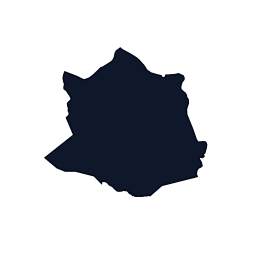 Melekeok, Melekeok, Palau (Natural Earth projection), rotated 128°
{"feature_id": "81905179B96125611766208", "entity_name": "Melekeok", "entity_type": "district", "adm_level": 2, "iso_a3": "PLW", "parent_name": "Palau", "parent_adm1": "Melekeok", "projection": "natural_earth1", "projection_center": [134.606, 7.509], "detail": "fine", "context": "isolated", "style": "filled", "palette": "ink", "viewbox_px": 256, "rotation_deg": 128, "n_neighbors": 0, "source": "geoboundaries", "source_scale": "gbopen_adm2", "svg_char_len": 2962}
<svg xmlns="http://www.w3.org/2000/svg" viewBox="0 0 256 256"><g transform="rotate(128 128 128)"><path d="M187.9,114.9L187.5,115.1L187.2,115.3L186.9,115.4L186.8,115.5L186.5,115.5L186.2,115.5L185.9,116.1L185.8,115.9L185.7,115.6L185.5,115.3L185.1,114.6L184.8,114.1L184.3,113.4L184.1,112.8L183.9,112.2L183.8,111.6L183.8,111.2L183.8,110.7L183.8,110.2L183.7,109.9L183.8,109.4L183.9,109.2L184.1,108.7L184.2,108.2L184.2,107.9L184.2,107.6L184.1,107.4L184.2,107.2L184.2,106.9L184.1,106.5L184.0,106.1L183.9,105.8L183.8,105.6L183.7,105.2L183.6,104.8L183.6,104.4L183.5,104.1L183.6,103.8L183.6,103.4L183.8,103.0L183.8,102.9L183.9,102.5L183.9,102.1L184.0,102.0L184.0,101.3L184.0,100.9L184.1,100.5L184.0,100.2L184.0,99.8L184.0,99.6L184.2,99.1L184.2,98.7L184.2,98.3L184.1,97.6L183.9,97.3L183.5,96.7L183.3,96.4L183.1,96.0L182.8,95.6L182.6,95.4L182.4,95.2L182.0,94.9L181.4,94.3L181.1,94.1L180.8,93.8L180.6,93.8L180.2,93.8L179.6,93.5L179.6,93.0L179.3,92.6L179.2,92.3L179.2,92.1L179.0,91.8L178.8,91.5L178.5,91.3L178.0,90.6L178.0,89.8L177.9,89.7L177.7,89.5L177.9,89.3L178.0,89.1L178.0,88.8L178.1,88.4L178.1,88.1L178.2,87.7L178.4,87.2L178.5,86.8L178.4,86.5L178.3,86.4L178.4,86.0L178.4,85.8L178.3,85.6L178.1,85.2L177.9,85.4L177.9,85.1L178.2,82.7L177.7,82.6L177.7,82.3L177.3,81.8L177.5,81.2L177.4,80.7L177.2,80.3L177.1,80.2L176.9,79.8L176.5,79.2L175.8,78.4L175.1,77.7L174.6,76.7L174.0,76.0L173.2,75.2L172.8,74.6L172.4,74.3L172.1,74.3L171.9,73.7L171.6,73.6L171.3,73.3L171.1,73.2L170.8,73.0L170.7,72.8L170.6,72.6L170.4,72.2L170.1,71.7L169.7,71.3L169.2,71.1L169.0,70.8L168.8,70.8L168.6,70.8L168.4,70.9L168.3,71.1L168.2,71.1L168.2,70.9L168.1,70.7L168.1,70.4L168.0,70.0L167.9,69.5L167.8,69.0L152.5,66.1L124.3,44.2L123.6,43.7L123.0,44.8L121.9,46.2L119.2,47.6L116.1,47.9L114.4,46.9L112.2,46.4L111.4,47.4L109.9,49.4L108.6,52.9L107.7,53.8L106.9,53.4L106.1,52.7L105.4,51.2L103.7,50.6L103.1,51.3L103.0,52.4L102.5,53.0L101.9,52.5L100.5,52.2L95.5,54.2L93.0,55.6L91.8,57.1L91.5,58.7L93.0,60.7L96.1,64.2L95.7,65.6L94.8,67.6L89.0,76.6L81.3,90.0L77.2,93.6L71.4,95.7L68.5,98.2L67.8,100.7L66.3,102.2L65.4,104.3L65.4,106.9L65.1,109.9L63.3,111.9L58.7,113.8L55.5,113.8L54.2,114.5L53.0,116.6L54.2,121.6L57.2,124.0L62.3,129.7L62.9,130.6L65.3,130.0L66.6,130.7L67.2,132.6L66.5,134.0L68.3,138.0L70.6,143.8L70.7,146.4L71.0,148.0L70.4,150.2L69.0,154.1L67.8,161.0L67.6,164.9L68.3,171.3L69.9,180.7L69.8,183.3L72.2,183.9L74.6,184.6L77.4,183.9L80.6,182.2L84.5,181.5L87.5,182.3L94.8,185.0L97.8,186.6L100.2,186.8L107.8,187.9L112.2,189.1L115.2,190.8L117.0,192.2L117.6,193.3L118.8,199.5L122.7,212.3L125.4,211.4L126.3,211.1L127.4,210.2L128.5,209.9L130.9,207.2L132.5,204.8L135.2,203.6L136.4,202.5L136.4,199.5L138.6,192.9L139.8,190.8L141.1,190.3L144.5,190.8L145.8,190.8L148.0,188.6L149.0,186.9L151.1,185.7L151.9,184.2L152.9,183.0L154.6,182.3L156.0,182.6L157.8,182.8L157.9,182.6L166.9,166.4L202.5,175.0L203.0,159.5L200.6,151.0L194.4,143.1L186.5,125.3L187.9,114.9Z" fill="#0f172a" stroke="#020617" stroke-width="1.5"/></g></svg>